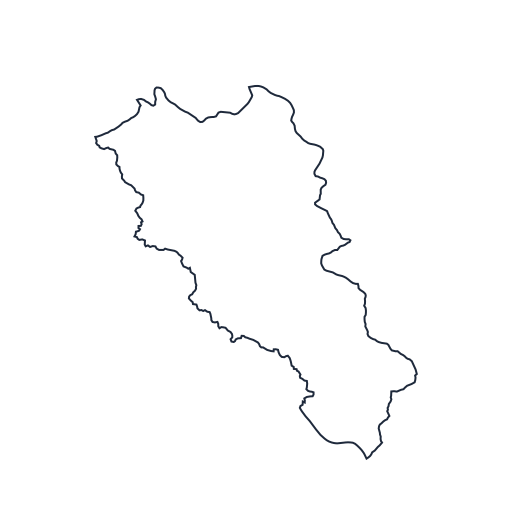 the district of Gurupi, Tocantins, Brazil, rotated 106°
{"feature_id": "56859067B58866139989342", "entity_name": "Gurupi", "entity_type": "district", "adm_level": 2, "iso_a3": "BRA", "parent_name": "Brazil", "parent_adm1": "Tocantins", "projection": "robinson", "projection_center": [-48.876, -11.658], "detail": "fine", "context": "isolated", "style": "outline", "palette": "slate", "viewbox_px": 512, "rotation_deg": 106, "n_neighbors": 0, "source": "geoboundaries", "source_scale": "gbopen_adm2", "svg_char_len": 6090}
<svg xmlns="http://www.w3.org/2000/svg" viewBox="0 0 512 512"><g transform="rotate(106 256 256)"><path d="M214.9,169.6L214.3,171.4L215.1,174.0L215.5,176.5L214.9,179.0L213.1,180.3L211.6,181.7L210.5,183.8L208.8,185.3L207.4,187.4L204.5,189.7L203.2,191.6L201.3,192.8L200.0,193.9L198.7,195.6L195.0,198.8L193.3,200.0L192.9,201.8L192.1,206.4L191.1,211.2L190.1,213.4L188.5,213.9L184.1,210.5L179.9,211.2L178.4,210.9L174.4,212.1L172.4,211.8L170.3,210.5L168.4,208.9L166.3,208.8L164.4,209.6L163.3,211.4L163.0,213.7L163.0,216.0L162.5,218.3L162.8,220.7L160.9,222.5L159.0,223.0L157.3,222.8L149.7,220.4L143.0,219.3L140.9,219.4L136.3,220.3L134.9,221.2L133.3,224.4L133.0,226.4L132.8,228.5L132.8,230.6L133.2,234.8L133.1,236.9L132.3,239.2L131.7,241.5L130.5,243.9L128.9,246.0L126.5,250.8L125.1,252.4L123.1,253.6L120.1,254.8L118.1,256.6L117.3,258.1L116.1,259.5L114.3,259.7L112.3,259.7L110.0,259.3L107.6,259.1L105.4,259.8L103.8,261.1L101.2,263.4L99.4,265.4L98.0,268.0L96.9,271.5L96.2,275.5L95.9,278.0L96.1,279.8L96.0,282.2L95.2,286.8L94.2,289.4L92.9,291.7L91.9,295.4L91.7,297.8L91.8,300.0L92.2,301.7L92.9,303.9L95.5,309.3L97.3,308.2L102.6,303.9L104.5,303.9L110.1,305.3L112.1,306.1L123.6,312.6L125.0,314.3L125.8,315.8L125.9,318.0L125.4,320.4L127.1,329.6L128.5,331.6L132.8,332.9L134.0,334.9L134.8,337.4L136.0,340.1L137.8,342.0L140.0,343.1L141.8,344.4L142.6,346.5L142.0,348.8L140.9,350.6L139.9,352.0L137.0,361.1L136.8,363.9L135.5,369.5L134.4,372.1L132.7,375.5L132.2,377.7L131.7,380.4L130.6,383.0L128.5,386.1L126.9,387.4L125.4,388.1L124.0,389.2L122.2,391.4L120.9,393.8L121.0,396.2L121.5,398.1L123.0,399.1L124.6,399.2L128.5,398.3L130.3,397.0L132.9,395.4L135.6,395.4L138.2,394.7L139.8,396.1L139.8,398.1L138.9,399.9L138.1,402.2L137.8,404.3L136.8,406.7L136.7,409.8L137.6,411.9L138.7,413.4L143.1,408.4L145.1,409.0L149.7,408.7L152.4,409.5L154.6,410.8L156.4,412.3L157.8,414.0L159.5,415.1L161.4,416.7L163.0,419.0L164.8,421.0L166.6,421.8L169.5,423.8L173.5,427.2L174.8,429.3L176.3,430.8L178.3,432.4L179.5,434.3L182.5,437.9L185.1,441.6L185.8,443.3L189.4,440.8L191.5,440.8L192.8,439.2L193.3,437.1L194.7,436.2L195.1,434.1L195.1,431.5L193.6,429.8L192.5,428.0L193.4,426.3L193.2,422.4L193.8,420.5L196.2,419.1L197.4,417.2L199.5,416.5L202.7,415.9L204.7,416.1L206.5,415.5L207.6,413.5L208.0,411.8L209.8,411.2L211.5,410.2L213.1,408.9L214.4,407.1L216.2,406.9L218.4,406.2L220.0,403.4L221.1,402.2L222.2,397.8L222.4,395.5L224.7,391.3L226.2,390.4L227.6,388.7L227.4,386.1L228.6,383.5L228.7,381.2L231.1,380.3L233.7,379.6L236.1,379.7L237.9,380.2L239.3,380.9L240.9,380.9L242.0,382.6L243.3,384.0L245.8,384.5L247.6,382.0L249.8,380.2L251.3,378.3L252.3,376.1L254.1,374.6L255.3,375.8L257.0,374.7L258.8,375.0L259.5,377.2L261.5,376.7L262.2,374.9L263.8,375.3L264.9,376.7L265.7,378.1L268.2,377.7L270.7,378.2L270.7,375.6L272.0,374.6L272.7,372.6L271.4,369.9L271.7,367.0L275.7,366.1L277.1,364.7L275.6,362.8L276.5,360.3L274.9,358.0L274.5,355.3L276.3,353.5L276.9,350.8L275.7,346.6L274.0,345.4L274.1,342.6L273.5,335.8L273.9,333.5L274.7,332.0L275.9,330.5L276.5,328.6L277.9,326.1L279.9,326.1L281.5,326.6L283.5,325.1L286.0,322.8L286.3,319.4L286.9,317.6L285.6,316.3L289.4,314.3L291.0,309.7L298.4,306.8L300.5,305.3L302.4,305.2L304.0,304.6L306.2,305.1L308.2,306.3L310.4,306.8L311.7,308.3L313.4,309.1L315.3,308.8L316.8,306.4L317.8,304.2L319.6,303.3L319.1,299.9L320.6,298.8L322.5,297.8L323.8,295.3L323.0,293.6L323.4,291.6L322.1,290.1L323.0,287.5L322.7,285.1L324.2,283.9L328.0,281.9L330.0,281.2L331.4,279.6L331.2,277.2L330.0,274.9L331.6,273.6L333.9,272.9L335.5,271.2L333.9,269.7L333.6,268.0L333.4,265.5L334.4,264.0L335.4,262.6L336.1,259.5L337.6,257.6L339.1,256.8L340.8,256.4L343.0,257.5L345.0,256.0L344.8,253.7L343.5,252.7L341.8,252.5L340.2,250.8L339.1,247.8L336.7,247.8L336.2,245.7L337.1,243.9L337.0,241.8L337.3,239.5L337.4,235.5L338.6,230.3L339.9,228.6L341.6,227.4L342.4,225.7L341.9,224.0L343.2,219.4L343.2,215.2L342.8,212.8L340.8,213.2L340.2,211.2L340.1,209.0L342.4,207.7L344.6,205.8L345.9,203.5L345.5,200.9L344.0,199.5L343.1,197.9L344.8,195.5L346.8,194.1L348.3,193.2L351.6,191.5L352.2,189.2L354.1,188.5L353.6,185.8L355.0,185.0L355.3,183.3L357.7,180.6L359.3,180.8L360.9,180.0L361.3,177.6L362.4,175.1L362.1,172.7L364.6,171.6L368.4,170.9L370.1,170.9L371.3,168.8L371.4,166.9L371.1,164.9L371.2,163.1L373.3,162.5L375.2,162.9L376.1,165.4L377.5,168.3L379.6,170.3L381.3,169.3L383.4,168.8L383.0,170.9L386.2,170.2L387.9,171.9L389.9,172.0L391.3,170.6L392.8,168.9L396.4,164.2L399.8,158.9L406.2,150.5L410.2,144.7L412.6,139.8L413.6,137.2L414.2,134.6L414.4,131.8L414.3,129.6L414.0,127.5L413.5,125.7L410.5,118.4L409.7,116.1L409.2,113.9L408.8,111.5L409.2,109.0L410.3,106.5L411.9,103.5L413.3,101.2L414.5,99.6L415.7,98.1L416.9,96.9L420.3,93.9L418.7,92.5L416.8,91.2L414.9,90.5L412.7,90.2L410.3,88.2L405.9,86.2L404.1,85.0L400.6,83.4L399.5,84.8L397.6,85.8L395.1,86.4L393.4,87.6L391.8,88.2L388.0,90.5L385.7,90.8L383.9,90.5L382.3,89.3L380.0,88.0L378.2,86.6L376.9,85.0L374.8,84.6L373.0,83.7L369.0,87.1L367.4,86.8L365.8,87.6L363.9,87.2L361.6,87.5L358.8,86.5L356.4,86.4L354.8,87.5L353.0,87.6L348.9,88.6L347.9,86.0L347.5,83.2L344.7,79.8L343.4,77.5L341.4,76.5L339.1,75.0L336.2,71.2L333.7,68.7L331.5,68.7L329.0,69.1L327.0,70.1L325.1,68.9L321.1,71.3L314.2,77.2L313.0,79.8L313.0,82.0L312.4,83.7L311.4,85.4L310.7,87.2L310.2,89.9L308.5,93.6L309.1,95.4L309.3,99.4L308.1,101.2L304.9,104.3L304.2,106.1L304.9,111.3L304.9,114.4L304.5,116.4L303.6,118.3L303.6,120.6L303.1,123.2L302.0,125.9L300.2,127.3L298.2,127.5L296.7,128.6L293.6,131.5L291.2,131.9L289.3,133.3L286.7,134.3L284.5,134.9L282.4,134.3L279.9,134.8L278.1,135.3L275.8,136.3L274.0,138.3L271.9,138.1L269.4,138.7L267.1,139.6L265.1,139.4L263.5,139.7L262.2,140.6L261.0,142.8L259.8,146.7L258.6,148.6L256.7,149.2L254.7,150.4L255.3,152.4L255.3,155.3L254.4,158.1L253.0,161.1L252.1,163.6L251.7,165.7L251.5,167.6L251.7,171.7L251.6,173.7L250.6,177.6L250.7,184.3L250.2,186.6L246.9,190.0L245.1,191.3L242.7,191.9L241.0,192.2L237.5,192.1L235.8,190.4L234.5,188.5L233.4,186.5L231.9,184.9L230.3,183.9L228.5,181.8L227.8,179.5L224.0,178.0L222.8,176.7L222.0,175.1L220.8,173.6L217.8,171.3L216.8,169.9L214.9,169.6Z" fill="none" stroke="#1e293b" stroke-width="2"/></g></svg>